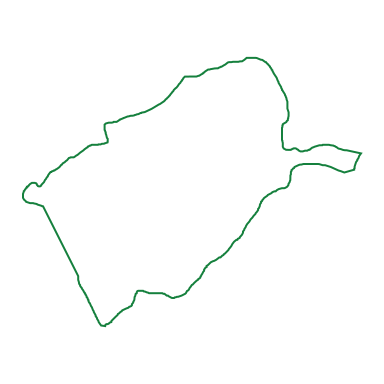 Flores, Heredia, Costa Rica (Albers equal-area conic projection)
{"feature_id": "36466004B75019906256139", "entity_name": "Flores", "entity_type": "district", "adm_level": 2, "iso_a3": "CRI", "parent_name": "Costa Rica", "parent_adm1": "Heredia", "projection": "albers", "projection_center": [-84.155, 10.006], "detail": "fine", "context": "isolated", "style": "outline", "palette": "green", "viewbox_px": 384, "rotation_deg": 0, "n_neighbors": 0, "source": "geoboundaries", "source_scale": "gbopen_adm2", "svg_char_len": 5916}
<svg xmlns="http://www.w3.org/2000/svg" viewBox="0 0 384 384"><path d="M361.0,153.4L346.8,150.3L344.5,150.2L343.0,149.9L340.8,149.1L338.6,148.6L338.0,148.3L336.4,147.0L335.6,146.8L334.8,146.1L334.1,146.0L333.5,145.6L330.5,145.2L329.0,144.8L322.8,144.8L322.4,145.2L319.3,145.3L314.3,146.8L313.7,147.2L312.3,147.6L310.7,148.8L310.3,149.4L309.6,149.5L309.3,149.9L308.5,149.9L307.2,150.7L304.9,150.7L302.8,151.4L300.4,151.4L298.5,150.4L298.2,149.8L296.9,149.2L296.5,148.7L295.3,148.3L293.8,148.3L293.2,148.7L292.4,148.8L291.9,149.3L291.2,149.5L290.8,149.9L286.1,149.8L283.7,148.5L282.8,146.8L282.8,142.9L282.4,141.5L282.4,140.7L282.0,140.1L282.0,127.7L282.4,127.0L282.4,125.4L282.8,125.0L282.8,124.3L283.2,123.9L286.3,122.1L286.8,121.0L287.8,120.3L287.9,118.8L288.2,118.4L288.2,117.6L288.6,116.1L288.6,112.3L287.4,108.6L287.4,101.6L286.6,99.5L286.4,98.0L286.0,97.4L285.6,96.0L285.1,95.4L285.0,94.7L284.7,94.0L282.8,91.0L282.5,90.3L282.0,90.0L282.0,89.2L281.2,87.9L281.2,87.2L278.5,82.7L278.5,81.9L277.7,80.6L276.6,77.7L273.6,73.2L273.4,72.5L272.7,71.5L272.3,70.1L271.7,69.8L271.2,68.4L270.1,67.2L270.0,66.5L268.5,65.0L268.2,64.4L267.6,64.0L266.5,62.9L266.1,62.2L265.4,62.1L262.3,59.9L260.8,59.7L256.7,58.0L255.9,57.9L246.6,57.9L244.4,59.8L242.1,61.3L239.8,61.4L238.4,61.8L233.0,61.8L231.5,62.1L229.2,62.1L227.8,62.5L225.2,64.6L224.5,64.9L221.4,66.8L220.6,66.8L220.0,67.3L218.6,67.8L218.0,68.3L214.9,68.4L210.4,69.2L209.7,69.5L208.2,69.5L205.2,71.4L204.2,72.4L203.6,72.6L203.3,73.3L202.6,73.4L202.1,74.0L200.9,74.6L199.3,75.7L198.5,75.8L196.5,76.5L184.9,76.6L183.4,78.1L182.8,79.3L182.2,79.8L182.1,80.5L181.0,81.6L180.3,82.9L179.0,84.1L177.8,86.0L176.3,87.8L175.7,88.1L173.8,90.0L173.2,91.3L172.5,91.7L172.2,92.3L170.2,94.7L169.9,95.4L169.4,95.7L168.1,97.3L167.5,97.6L166.8,98.6L165.5,99.5L165.2,100.1L164.1,101.2L159.7,104.2L159.0,104.4L151.7,108.8L144.7,112.1L141.7,112.6L141.3,113.0L140.5,113.0L138.5,114.1L137.0,114.3L135.6,114.9L134.8,115.0L134.2,115.4L132.7,115.7L130.4,115.8L129.0,116.3L127.5,116.5L124.1,117.9L123.4,118.0L123.0,118.4L120.8,119.2L120.4,119.6L119.7,119.6L118.9,120.4L116.6,121.9L113.6,121.9L113.2,122.3L111.7,122.7L108.6,122.7L105.8,123.5L104.6,124.6L104.6,130.0L105.0,130.4L105.3,131.8L105.7,132.2L105.7,133.8L106.1,134.4L106.9,137.8L107.7,138.8L107.7,141.9L107.5,142.5L106.8,142.6L105.4,143.2L104.7,143.3L104.1,143.7L101.8,143.8L100.7,144.4L98.4,144.4L98.0,144.8L91.8,144.8L91.1,145.1L90.6,145.6L89.8,145.6L88.5,146.4L87.8,146.6L87.6,147.3L86.4,147.9L85.3,148.8L84.7,149.1L83.5,150.3L80.2,152.6L77.3,155.1L76.6,155.3L74.9,156.6L73.8,157.3L70.7,157.3L70.3,157.6L68.9,158.0L67.1,160.2L65.8,161.1L64.7,162.2L62.7,163.4L61.8,164.7L61.1,165.0L59.8,166.7L58.8,167.6L56.4,169.3L55.7,169.5L54.5,170.5L53.7,170.5L53.1,171.0L51.8,171.4L51.4,172.0L50.6,172.0L49.8,172.8L49.6,173.4L49.1,173.8L47.9,175.6L47.8,176.4L46.7,177.5L46.0,178.9L45.0,180.0L44.0,182.1L41.3,184.9L41.2,185.6L40.0,186.4L38.5,186.3L37.8,186.0L37.5,185.3L37.0,185.0L36.6,183.7L36.2,183.3L35.5,183.2L35.0,182.9L31.9,182.9L30.1,184.0L29.0,185.1L28.6,185.8L28.0,186.1L27.6,186.8L26.9,186.8L26.9,187.6L26.2,187.9L25.9,188.6L25.0,189.5L24.4,190.8L23.8,191.1L23.7,191.9L23.0,193.9L23.0,197.8L24.0,199.6L25.8,201.2L26.1,201.8L30.0,203.1L33.1,203.1L33.8,203.4L36.8,204.0L37.3,204.5L41.5,205.8L42.1,206.2L42.9,206.2L43.2,206.6L78.2,276.1L78.2,279.9L78.9,282.1L79.1,283.6L79.4,284.2L80.1,285.0L80.1,285.8L80.8,286.9L81.7,287.8L81.8,288.5L83.3,290.5L83.9,291.9L84.8,292.8L84.8,293.5L85.4,294.0L85.5,294.7L86.1,295.2L86.6,296.6L86.7,297.3L87.3,297.6L87.8,298.9L87.9,299.7L88.5,300.1L88.6,301.5L89.3,302.8L89.8,303.1L91.0,306.0L91.9,307.3L92.9,310.0L93.7,311.2L93.8,312.0L95.6,315.2L95.6,316.0L96.0,316.4L96.2,317.0L96.8,317.6L97.2,319.1L98.3,320.7L98.7,322.1L101.1,325.5L105.2,326.1L105.5,324.7L106.5,324.1L107.7,324.1L108.8,323.6L109.4,322.9L110.4,322.3L111.3,322.1L111.5,320.9L115.8,316.6L117.5,315.1L117.9,314.0L118.9,313.5L120.6,311.8L121.6,311.4L122.2,310.4L126.2,308.5L128.4,307.7L129.2,306.8L130.3,306.5L131.3,306.0L131.9,305.3L131.9,304.2L133.2,302.6L133.4,301.5L134.1,300.5L134.4,299.3L134.6,297.0L135.2,296.0L135.7,293.8L136.7,293.3L136.8,292.1L137.4,291.1L138.2,290.8L143.1,290.8L143.7,291.4L144.8,291.5L146.9,292.4L148.0,292.6L149.0,293.2L162.3,293.2L163.3,293.8L164.5,293.8L166.7,295.6L167.9,295.6L168.7,296.3L171.7,297.9L172.8,298.0L174.1,298.0L174.7,297.4L175.8,297.3L176.9,296.8L178.1,296.8L181.6,295.6L185.3,293.7L185.9,293.1L187.0,291.0L188.0,290.5L188.8,289.7L189.8,287.7L190.5,287.0L191.8,285.0L192.8,284.5L194.2,282.9L196.8,280.5L197.9,279.9L198.4,278.9L199.4,278.5L200.3,277.6L200.5,276.5L201.1,275.9L201.5,274.8L202.2,273.9L203.3,271.7L204.1,270.8L204.1,269.6L205.5,267.6L206.6,267.1L206.6,265.9L207.7,265.3L210.9,262.2L213.0,261.2L214.1,260.9L216.2,259.8L219.3,257.4L220.5,257.4L222.3,255.6L223.4,255.1L223.9,254.2L224.9,253.6L228.4,250.0L228.9,249.0L230.2,247.5L231.4,245.9L232.3,244.1L234.1,241.7L236.3,239.9L237.4,239.8L237.8,238.8L239.6,238.0L239.9,237.1L242.0,234.7L243.0,232.7L243.0,231.5L244.2,229.9L244.4,228.9L245.6,227.2L246.0,226.0L247.2,224.0L249.4,221.5L250.6,219.4L252.3,217.7L253.7,215.7L255.4,214.0L255.8,213.0L256.7,212.1L258.1,210.1L258.1,208.9L258.9,208.1L259.8,206.0L259.9,204.8L260.4,203.7L261.1,202.8L261.1,201.6L262.1,201.0L262.4,200.0L263.2,199.3L263.7,198.4L264.6,197.6L267.2,195.8L267.8,195.0L271.5,193.1L272.3,192.2L274.5,191.3L275.7,191.3L276.9,190.1L278.7,189.1L281.9,188.2L284.3,188.2L285.4,187.8L287.2,186.7L288.4,185.1L288.5,183.9L289.7,182.0L289.9,181.0L290.3,180.2L290.4,175.4L290.9,174.3L290.9,171.9L291.4,171.3L291.5,170.1L292.3,169.6L293.0,168.5L294.0,168.1L294.5,167.0L298.8,165.0L300.0,164.6L301.2,164.6L303.5,164.0L318.1,164.0L319.2,164.1L322.7,165.2L325.1,165.2L330.8,167.0L338.5,170.5L340.9,171.2L344.3,172.5L354.2,169.7L354.2,168.5L354.6,168.2L354.6,166.6L356.1,162.0L357.3,160.4L357.3,159.6L358.3,158.4L359.2,155.9L361.0,153.4Z" fill="none" stroke="#15803d" stroke-width="2"/></svg>